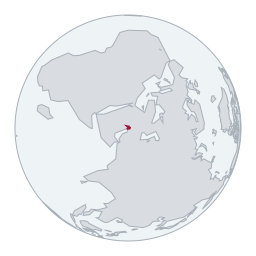 Al-Basrah on an orthographic globe, rotated 100°
{"feature_id": "IRQ-3222", "entity_name": "Al-Basrah", "entity_type": "Province", "adm_level": 1, "iso_a3": "IRQ", "parent_name": "Iraq", "parent_adm1": "", "projection": "orthographic", "projection_center": [47.689, 30.202], "detail": "fine", "context": "on_globe", "style": "filled", "palette": "rose", "viewbox_px": 256, "rotation_deg": 100, "n_neighbors": 0, "source": "natural_earth", "source_scale": "10m", "svg_char_len": 10667}
<svg xmlns="http://www.w3.org/2000/svg" viewBox="0 0 256 256"><g transform="rotate(100 128 128)"><circle cx="128" cy="128" r="113" fill="#eef3f6" stroke="#a8b0b8"/><path d="M135.6,15.6L142.0,16.3L147.2,17.0L145.0,16.8L152.9,18.2L156.5,19.0L153.9,18.4L152.3,18.1L157.0,19.2L156.3,19.2L158.2,19.9L157.1,19.8L151.7,18.7L150.9,18.7L154.2,19.6L155.1,20.4L150.4,19.0L151.5,20.3L142.8,19.2L131.0,16.8L125.3,17.4L110.8,18.1L111.2,18.5L106.0,19.5L104.6,20.3L102.3,20.5L103.2,21.1L105.5,20.8L106.7,21.1L106.1,21.6L103.1,21.9L102.9,21.6L101.7,22.0L100.5,21.9L100.7,22.3L97.2,22.7L99.8,23.2L96.1,24.4L94.0,24.4L95.5,23.2L94.2,21.2L92.5,21.5L88.6,22.7L78.7,27.3L76.3,28.3L72.1,30.5L72.8,30.3L76.3,28.6L76.6,29.2L80.9,27.4L81.7,27.5L85.6,26.4L83.6,28.0L79.6,30.2L76.2,31.3L74.4,32.5L76.4,32.8L69.1,36.5L62.5,42.1L60.8,43.1L59.4,42.1L62.2,38.4L60.5,38.3L60.2,40.0L55.8,42.9L54.5,44.2L54.0,45.1L55.0,44.7L53.3,46.2L52.9,44.9L54.5,43.5L54.6,43.8L55.9,42.2L55.6,41.9L53.4,43.7L54.2,42.9L60.4,37.9L67.0,33.3L73.8,29.2L81.0,25.6L88.4,22.6L96.0,20.0L103.7,18.0L111.6,16.6L119.6,15.7L127.5,15.4L135.6,15.6ZM15.5,134.2L15.6,135.2L16.7,144.2L17.6,150.2L17.8,151.3L16.3,142.8L15.5,134.2ZM158.7,20.0L159.6,20.2L160.2,20.5L158.7,20.0ZM86.4,25.6L86.0,26.0L85.5,26.0L86.4,25.6ZM88.4,24.9L88.2,24.6L89.1,24.3L89.3,24.4L88.4,24.9ZM159.0,20.8L159.6,21.3L158.0,20.5L159.0,20.8ZM88.6,25.3L90.8,23.6L92.5,23.0L94.5,23.2L88.6,25.3ZM159.4,21.5L161.0,23.2L163.2,23.7L157.9,23.4L158.3,21.9L156.0,20.8L158.2,21.5L159.4,21.5ZM106.6,20.5L104.0,20.8L106.7,20.1L106.6,20.5ZM108.0,20.0L114.6,17.8L118.0,17.8L115.1,18.4L120.0,18.2L118.5,19.2L115.4,19.6L113.5,19.3L114.4,20.0L108.0,20.0ZM154.7,23.2L154.3,23.6L153.7,23.0L154.7,23.2ZM107.4,21.1L108.4,20.6L111.5,20.5L110.0,21.5L109.5,21.2L107.4,21.1ZM122.1,17.7L124.1,18.0L123.4,18.8L124.1,19.1L118.7,19.2L122.1,17.7ZM108.4,21.5L109.1,22.1L107.1,22.7L106.6,21.6L108.4,21.5ZM112.9,20.1L114.3,20.1L113.0,20.4L112.9,20.1ZM100.4,25.6L101.6,24.8L103.3,24.7L100.4,25.6ZM109.5,22.3L110.2,22.1L111.0,22.0L111.0,22.5L109.5,22.3ZM118.6,19.9L117.9,20.3L120.8,19.9L120.3,20.7L116.8,20.7L118.2,21.0L118.1,21.3L115.4,21.1L118.6,19.9ZM113.4,22.8L108.9,23.4L106.3,24.9L104.8,25.0L109.1,22.7L113.4,22.8ZM114.8,21.8L113.6,22.4L112.2,22.2L112.2,21.6L114.8,21.8ZM121.3,21.3L122.9,20.0L123.6,20.1L121.3,21.3ZM113.0,23.3L114.1,23.2L113.0,23.4L113.0,23.3ZM119.1,21.9L119.5,21.4L120.3,21.5L119.1,21.9ZM115.9,23.4L114.5,23.5L114.4,23.1L115.9,23.4ZM117.6,22.7L118.6,23.0L115.3,22.8L117.7,22.5L117.6,22.7ZM119.7,22.0L120.3,21.9L119.4,22.2L119.7,22.0ZM117.0,25.2L112.9,25.1L112.8,24.0L116.8,24.2L117.0,25.2ZM31.7,145.0L29.0,126.1L31.9,121.5L33.5,114.2L54.4,98.4L57.6,101.8L72.7,104.3L74.3,105.9L71.2,111.3L81.4,121.9L86.3,117.9L96.9,124.1L104.8,125.1L109.9,114.4L97.0,112.6L96.1,106.8L107.5,103.7L119.0,105.6L119.0,103.5L112.8,98.0L116.6,94.5L110.8,95.9L112.4,98.2L108.8,99.3L107.2,97.2L108.6,95.9L105.4,94.5L99.6,101.3L100.5,104.5L91.6,104.3L92.2,109.6L89.4,111.5L87.3,103.2L88.3,100.5L83.4,90.9L81.5,93.6L86.0,103.0L84.1,101.9L81.5,106.1L82.0,102.0L77.5,91.5L70.2,91.0L59.0,99.2L55.1,98.4L52.8,94.6L58.9,84.1L66.8,87.0L69.1,83.8L69.2,77.8L71.6,79.3L72.6,77.4L75.7,78.4L81.9,75.1L85.3,75.7L89.4,70.1L91.7,69.8L88.7,73.1L88.4,75.9L97.2,77.9L99.4,77.0L101.3,73.4L103.5,74.6L104.2,70.8L110.1,70.5L103.5,67.9L105.6,64.1L110.0,61.8L109.5,60.1L102.3,64.0L100.5,66.0L100.8,68.4L94.9,74.0L91.5,74.4L93.3,67.0L88.7,66.9L92.1,61.6L109.5,53.8L115.9,53.1L123.0,59.7L120.6,61.8L116.8,60.4L118.8,65.2L119.4,63.1L121.2,64.3L123.6,61.2L125.0,62.0L125.0,58.0L127.0,58.6L127.0,61.0L132.3,57.5L136.8,58.1L137.4,57.0L136.6,55.6L142.9,57.4L143.0,56.6L141.0,55.6L139.9,53.4L140.4,50.2L142.6,51.0L142.7,52.2L146.2,56.2L146.1,59.7L147.0,59.7L147.6,56.9L143.4,52.0L143.1,49.9L145.5,51.9L144.6,51.0L145.1,50.2L147.6,50.3L145.2,48.0L148.1,39.5L153.2,39.1L155.0,41.7L159.3,37.6L164.8,38.2L163.0,37.2L163.7,35.0L162.0,34.8L161.2,34.2L162.4,29.3L164.3,29.0L162.8,26.4L161.8,26.0L160.2,26.0L157.9,23.4L163.2,23.7L165.2,24.5L167.2,24.3L171.3,26.5L175.6,28.5L178.9,31.4L182.0,32.9L182.5,32.7L187.0,34.9L195.0,40.7L186.6,36.9L174.4,29.8L179.2,32.6L177.5,32.4L178.9,33.7L182.4,35.8L183.1,35.8L185.8,42.2L193.0,50.0L193.9,47.8L196.8,48.8L205.8,57.2L213.2,73.4L217.3,76.2L219.1,79.0L219.2,82.1L216.5,78.1L214.4,77.9L212.8,75.4L212.0,79.5L209.8,76.0L210.2,81.2L212.7,83.3L214.2,80.7L215.6,87.1L220.2,90.0L223.4,95.7L224.4,109.7L221.5,116.4L221.9,118.5L219.4,117.6L218.1,123.2L224.4,131.6L225.0,134.8L221.9,143.6L221.5,141.3L214.8,139.1L215.1,147.2L220.1,150.8L221.9,157.0L218.7,156.8L216.7,151.4L214.3,150.4L213.9,143.6L209.9,134.9L206.5,138.6L205.8,134.5L199.8,128.1L194.4,133.1L186.4,147.2L187.0,157.7L183.5,163.2L175.2,150.2L172.2,140.4L168.8,142.1L160.6,134.7L145.1,136.0L143.3,133.4L140.3,134.9L134.7,132.5L132.1,128.1L128.5,128.4L135.4,140.0L139.3,139.6L143.2,134.9L144.3,139.0L149.9,142.3L142.2,152.8L119.9,161.8L118.5,153.9L105.5,130.9L106.4,128.4L106.3,128.2L106.2,127.6L104.3,131.6L102.3,127.0L108.4,143.1L109.1,149.8L119.6,162.3L118.4,163.5L122.1,166.0L134.6,163.0L134.5,165.6L128.1,177.3L111.4,191.8L114.1,201.4L113.7,209.0L104.3,212.9L106.2,218.3L101.5,219.5L102.0,222.3L98.8,224.6L93.1,226.0L82.4,223.5L80.8,221.1L74.2,214.9L64.5,199.8L66.3,194.2L65.0,188.7L57.3,174.0L58.9,167.4L57.1,163.7L53.1,162.9L51.1,158.3L48.8,157.2L35.3,152.5L31.7,145.0ZM45.9,108.5L45.0,110.6L44.9,110.6L45.9,108.5ZM130.4,113.5L137.7,114.0L135.8,107.0L138.4,106.7L136.8,104.5L135.6,106.5L131.7,100.5L135.4,98.6L135.2,95.6L132.7,95.3L126.6,100.0L132.1,108.3L129.8,111.1L130.4,113.5ZM55.9,43.0L54.9,44.3L54.7,44.2L55.9,43.0ZM54.9,47.6L52.0,49.9L53.9,48.1L53.0,48.2L55.8,44.6L60.0,43.4L57.6,44.5L54.9,47.6ZM60.7,39.9L58.5,42.0L60.8,39.8L60.7,39.9ZM75.1,66.6L75.6,68.3L73.5,70.2L69.2,70.2L72.1,67.4L75.1,66.6ZM76.8,70.4L79.8,63.6L82.6,63.6L80.5,64.7L82.1,65.3L79.1,67.4L78.9,74.3L77.1,76.5L70.0,74.9L73.3,74.1L72.6,72.3L76.8,70.4ZM82.4,48.8L83.8,46.6L88.2,49.3L86.4,51.1L82.0,51.0L81.4,48.9L82.4,48.8ZM91.7,26.3L92.0,25.8L92.8,25.6L93.3,26.0L91.7,26.3ZM100.8,25.3L91.6,28.6L91.4,28.1L86.3,31.0L83.7,31.0L87.1,29.0L81.3,31.3L83.4,29.5L79.5,31.3L87.4,27.0L89.0,25.7L88.2,27.1L90.5,27.1L91.9,26.8L97.3,24.9L101.9,22.5L105.0,22.5L105.9,23.1L105.2,23.6L103.5,23.4L103.9,24.3L100.8,24.5L100.8,25.3ZM114.7,34.1L113.0,32.9L113.2,36.1L110.2,35.7L110.4,36.1L107.7,36.8L104.8,38.3L103.6,37.9L103.0,38.7L101.2,39.3L99.9,40.3L97.4,40.0L95.6,41.3L95.4,40.4L93.1,42.7L93.7,40.9L91.4,41.7L92.0,43.0L81.3,40.5L76.3,41.3L71.9,43.1L73.4,40.1L78.6,36.7L85.2,33.8L89.8,33.7L89.7,32.5L91.8,32.2L91.0,33.2L93.5,31.4L95.1,31.5L101.0,29.8L103.7,27.5L105.9,26.9L105.6,27.9L108.0,26.7L109.0,28.2L110.6,27.9L113.2,29.2L111.7,31.4L113.6,30.9L115.6,32.0L114.7,34.1ZM117.6,25.6L116.6,27.9L114.4,29.0L110.8,26.4L109.2,26.4L106.9,25.1L110.1,23.6L110.5,24.1L111.6,24.3L110.1,24.7L112.1,24.5L112.7,25.2L114.4,25.3L113.6,26.0L117.6,25.6ZM77.0,104.4L78.5,105.0L80.9,105.4L79.3,108.2L77.0,104.4ZM73.9,97.2L75.3,97.2L74.2,101.1L72.7,100.5L73.9,97.2ZM77.0,94.1L75.4,96.9L75.4,95.1L77.0,94.1ZM90.1,73.0L91.7,73.0L91.5,73.9L90.2,75.0L90.1,73.0ZM114.9,44.4L114.3,43.3L115.0,43.0L115.8,40.3L118.1,40.5L118.5,42.2L114.9,44.4ZM107.2,116.1L104.5,117.9L103.5,116.7L104.6,116.3L107.2,116.1ZM90.8,113.2L94.1,115.3L90.3,114.0L90.8,113.2ZM117.6,44.1L117.6,43.0L118.8,43.8L117.6,44.1ZM119.8,40.6L121.3,41.3L118.4,40.3L119.8,40.6ZM155.0,236.0L156.0,236.1L154.1,236.5L155.0,236.0ZM133.3,208.2L126.9,220.4L121.5,220.4L119.9,216.9L121.9,209.5L128.0,207.4L130.9,203.7L133.3,208.2ZM233.2,162.1L234.1,161.1L234.0,161.6L233.2,162.1ZM232.3,162.0L233.6,160.6L231.9,163.3L232.3,162.0ZM234.0,160.0L235.3,157.5L235.8,156.0L235.6,157.1L234.0,160.0ZM231.3,163.2L225.2,168.7L222.5,169.7L223.4,167.6L227.8,164.5L231.3,163.2ZM223.2,167.7L218.7,166.3L210.8,156.7L213.7,155.5L221.5,159.4L221.1,161.1L223.8,162.8L223.2,167.7ZM233.0,150.9L232.5,155.6L229.4,158.4L227.8,159.1L226.8,154.5L227.4,151.2L228.7,150.1L232.7,136.0L234.3,136.7L233.4,142.2L234.7,144.6L233.0,150.9ZM187.6,158.5L190.5,163.7L188.5,165.3L187.6,158.5ZM233.3,127.4L232.4,133.5L232.9,126.1L233.3,127.4ZM233.0,121.1L233.6,123.1L232.6,121.8L233.0,121.1ZM222.8,121.5L221.4,123.2L220.9,121.7L222.3,118.7L222.8,121.5ZM225.8,100.7L227.6,105.1L227.9,106.9L226.4,104.8L225.8,100.7ZM137.4,46.1L133.7,49.3L132.6,52.2L134.4,54.5L130.3,52.9L132.0,48.4L137.4,46.1ZM146.5,40.1L144.9,38.4L146.6,38.5L147.2,38.9L146.5,40.1ZM144.8,39.6L141.0,38.9L140.8,37.5L143.9,38.3L144.8,39.6ZM129.2,41.1L128.0,42.0L127.1,41.2L129.2,41.1ZM215.5,198.9L216.4,197.8L220.1,191.8L220.6,191.4L223.1,186.5L229.5,176.2L234.8,163.4L235.6,161.3L232.7,169.4L229.3,177.3L225.3,184.8L220.7,192.1L215.5,198.9ZM235.4,159.0L237.1,153.7L237.6,152.3L235.4,159.0ZM240.1,138.5L240.0,139.6L239.9,138.4L240.3,135.7L239.7,136.7L240.4,133.0L240.4,135.9L240.4,134.7L240.1,138.5ZM238.5,143.8L238.4,145.0L238.1,144.9L238.5,143.8ZM238.9,142.2L239.6,141.3L238.8,143.4L238.9,142.2ZM235.4,144.6L235.8,146.7L237.1,143.1L236.1,147.0L236.7,150.1L236.2,152.2L235.8,148.7L235.1,154.1L234.5,154.9L234.4,151.1L235.2,145.1L235.8,142.2L238.0,137.8L235.4,144.6ZM239.1,139.0L238.8,136.4L238.9,133.9L239.2,134.9L239.1,139.0ZM237.5,130.5L236.2,128.4L235.5,131.1L236.5,123.4L237.6,126.7L237.5,130.5ZM235.7,123.8L235.1,126.3L235.4,122.1L235.7,123.8ZM234.6,125.4L234.1,123.0L234.8,122.4L234.6,125.4ZM236.1,123.3L235.4,118.8L236.2,120.8L236.1,123.3ZM232.4,117.8L234.9,119.9L232.5,120.8L230.2,112.8L231.0,111.5L232.4,117.8ZM222.5,79.3L221.0,77.4L221.1,75.8L222.1,77.6L222.5,79.3ZM220.0,69.9L220.6,74.8L220.9,79.2L221.8,79.5L223.8,83.7L221.2,81.4L219.4,75.6L219.6,73.0L217.6,69.8L216.5,66.4L213.5,63.0L212.3,60.9L215.1,63.3L220.0,69.9ZM212.2,61.7L206.7,55.5L207.8,54.5L209.3,55.6L211.3,58.8L210.6,59.2L212.2,61.7ZM205.6,53.8L204.9,54.2L195.1,47.6L193.4,46.0L201.4,50.0L201.1,50.7L203.3,52.6L205.6,53.8ZM155.5,23.8L154.4,23.6L155.3,23.5L155.5,23.8ZM160.2,34.1L159.2,33.3L160.4,33.1L160.2,34.1ZM157.1,31.0L156.5,31.8L156.2,30.6L157.1,31.0ZM155.3,33.6L155.8,31.9L156.7,34.0L155.3,33.6Z" fill="#d9dde1" stroke="#a8b0b8" stroke-width="1"/><path d="M128.4,128.4L128.1,128.2L127.5,128.2L127.4,128.2L127.2,128.3L127.0,128.5L126.9,128.8L126.8,129.0L126.6,129.3L126.6,129.5L126.4,129.6L126.3,129.8L126.1,130.1L126.1,129.7L126.2,129.4L126.2,129.2L126.4,128.2L126.2,127.8L126.2,127.7L126.1,127.4L126.7,127.2L126.9,127.3L127.0,127.3L127.0,127.2L127.0,126.7L127.1,126.3L127.1,126.2L127.2,125.9L127.4,125.9L127.5,125.9L128.0,126.0L128.0,126.4L128.5,126.4L128.5,126.5L128.5,127.4L128.6,127.5L128.8,127.5L128.9,127.8L129.0,127.8L129.2,128.0L129.3,128.2L129.3,128.3L129.4,128.5L129.5,128.5L129.4,128.5L129.2,128.5L129.0,128.4L128.9,128.3L128.7,128.3L128.4,128.2L128.4,128.3L128.4,128.4Z" fill="#f43f5e" stroke="#9f1239" stroke-width="1.5"/></g></svg>